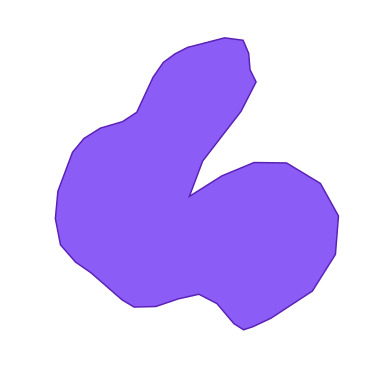 SVG path tracing the border of Eckerö, rotated 259°
{"feature_id": "ALD-4812", "entity_name": "Eckerö", "entity_type": "state/province", "adm_level": 1, "iso_a3": "ALA", "parent_name": "Aland", "parent_adm1": "", "projection": "equal_earth", "projection_center": [19.596, 60.195], "detail": "fine", "context": "isolated", "style": "filled", "palette": "violet", "viewbox_px": 384, "rotation_deg": 259, "n_neighbors": 0, "source": "natural_earth", "source_scale": "10m", "svg_char_len": 633}
<svg xmlns="http://www.w3.org/2000/svg" viewBox="0 0 384 384"><g transform="rotate(259 192 192)"><path d="M274.3,137.1L280.8,153.0L312.1,175.7L324.7,188.6L330.9,201.8L334.8,215.3L337.1,253.5L331.2,271.1L317.3,274.1L301.0,272.3L287.8,275.9L261.7,255.4L220.4,208.4L188.2,188.6L202.2,224.6L209.1,258.5L202.5,290.3L175.9,319.7L140.5,331.2L103.4,320.9L71.8,291.3L53.1,245.5L48.2,226.3L46.9,216.3L54.8,208.0L77.7,195.2L90.3,179.3L89.7,158.0L86.5,134.7L90.1,113.2L99.3,102.9L132.0,77.4L145.4,64.3L165.2,52.8L192.0,52.8L218.3,60.5L253.8,82.3L265.2,96.2L272.2,114.3L274.3,137.1Z" fill="#8b5cf6" stroke="#5b21b6" stroke-width="1.5"/></g></svg>